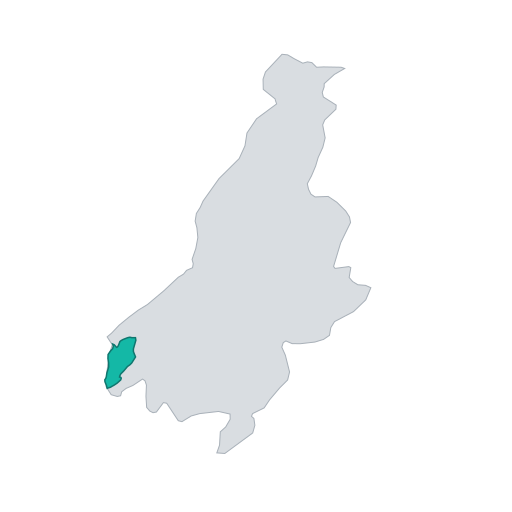 Bovec highlighted on a map of Slovenia, rotated 311°
{"feature_id": "SVN-1023", "entity_name": "Bovec", "entity_type": "Municipality", "adm_level": 1, "iso_a3": "SVN", "parent_name": "Slovenia", "parent_adm1": "", "projection": "robinson", "projection_center": [13.618, 46.371], "detail": "fine", "context": "in_parent", "style": "filled", "palette": "teal", "viewbox_px": 512, "rotation_deg": 311, "n_neighbors": 0, "source": "natural_earth", "source_scale": "10m", "svg_char_len": 2363}
<svg xmlns="http://www.w3.org/2000/svg" viewBox="0 0 512 512"><g transform="rotate(311 256 256)"><path d="M455.7,199.9L444.4,196.0L430.8,194.4L428.3,196.5L422.9,198.7L420.2,202.5L422.5,217.5L419.2,220.0L403.8,218.6L398.7,220.3L390.5,230.7L381.9,235.1L371.1,238.3L363.0,242.0L352.9,245.3L344.2,247.3L340.8,251.9L338.7,256.9L339.3,261.8L348.3,271.4L349.6,281.7L348.8,294.2L346.8,300.9L343.3,305.4L321.6,311.2L299.0,321.4L298.5,323.8L308.9,333.0L309.4,335.2L300.9,340.4L300.1,345.7L301.1,351.7L305.7,357.9L307.4,363.5L294.9,367.6L278.1,366.1L258.0,358.3L251.1,359.4L244.3,363.5L237.4,361.7L229.7,356.9L218.9,347.0L213.6,340.8L211.5,334.3L208.5,333.4L204.1,335.3L200.4,343.2L190.5,357.4L183.2,361.2L172.0,360.4L156.4,360.6L146.7,361.8L134.8,356.8L132.0,357.8L132.0,361.0L127.5,366.2L120.3,369.6L86.5,362.0L81.7,355.6L89.3,352.6L99.9,344.4L107.1,345.3L115.9,343.6L119.7,340.1L114.1,329.7L100.1,316.9L92.7,312.0L82.4,308.8L80.7,305.4L86.3,285.2L84.6,282.3L72.9,283.2L70.2,281.1L69.3,277.6L70.0,272.8L77.9,265.0L86.7,258.0L89.0,254.1L88.7,251.1L77.5,248.0L70.8,244.8L65.4,243.7L61.7,245.5L59.0,243.5L56.3,237.7L59.0,228.8L69.1,220.6L79.9,213.4L89.3,208.1L94.7,205.8L97.3,196.7L102.9,197.6L114.0,198.1L126.4,200.2L138.0,202.7L148.1,205.9L169.5,209.3L189.0,211.3L194.8,213.2L199.6,213.0L205.5,215.8L209.0,213.7L211.5,210.0L222.1,205.7L231.8,200.0L238.6,192.8L242.4,187.2L249.0,183.1L256.2,182.0L262.7,180.0L290.2,177.3L318.5,179.4L331.9,175.4L342.9,168.5L359.1,166.5L360.0,166.4L384.3,171.8L386.1,168.7L387.1,167.3L386.5,152.2L394.1,145.3L401.1,142.4L425.3,143.3L428.6,148.0L429.9,155.2L432.2,164.8L436.3,167.5L438.6,171.3L438.2,177.9L443.0,182.9L454.3,196.4L455.7,199.9Z" fill="#d9dde1" stroke="#a8b0b8" stroke-width="1"/><path d="M92.0,208.6L94.4,207.5L95.5,205.6L96.0,207.2L95.6,210.7L96.3,211.1L97.6,211.0L98.9,210.6L102.2,209.4L103.8,209.7L105.9,210.5L109.9,212.6L111.5,213.7L112.2,214.5L112.7,215.5L113.1,216.1L115.3,218.6L113.6,220.6L105.5,224.4L103.6,226.0L102.7,227.5L100.8,231.3L93.7,232.4L91.1,232.2L88.3,231.5L82.6,231.6L78.2,231.3L75.9,231.9L75.1,232.5L75.6,233.0L75.7,233.8L75.3,234.5L73.7,235.2L68.9,234.6L65.3,233.6L63.2,232.8L61.5,232.3L59.6,231.1L58.5,230.5L60.3,227.8L62.0,224.5L63.4,223.1L65.1,222.9L66.7,222.2L69.7,220.3L75.6,217.6L78.7,214.8L81.5,211.5L84.6,209.0L88.9,208.5L92.0,208.6Z" fill="#14b8a6" stroke="#0f766e" stroke-width="1.5"/></g></svg>